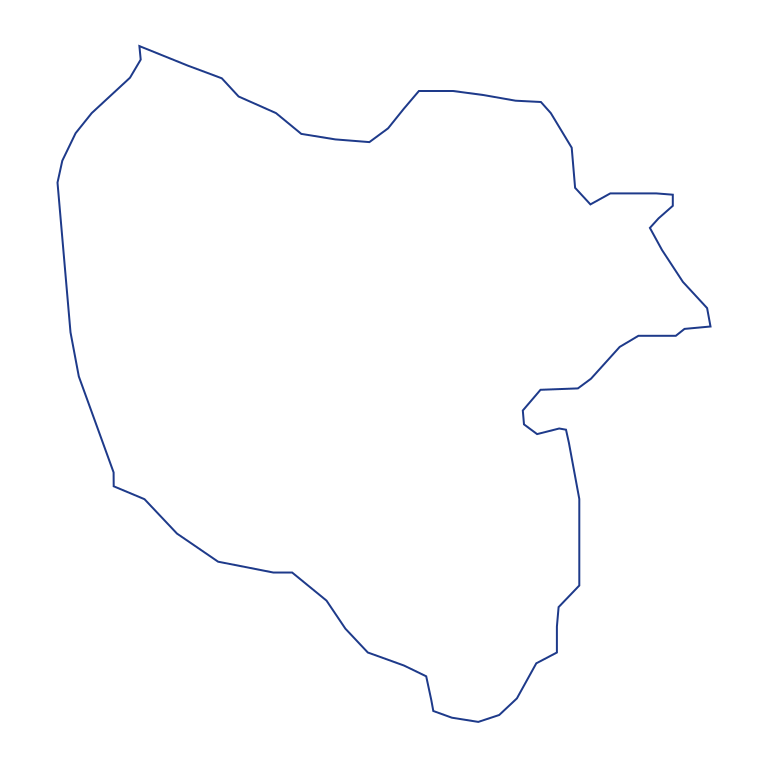 SVG path tracing the border of Mavrovo and Rostusa
{"feature_id": "MKD-2955", "entity_name": "Mavrovo and Rostusa", "entity_type": "Statistical Region", "adm_level": 1, "iso_a3": "MKD", "parent_name": "North Macedonia", "parent_adm1": "", "projection": "natural_earth1", "projection_center": [20.731, 41.637], "detail": "fine", "context": "isolated", "style": "outline", "palette": "blue", "viewbox_px": 768, "rotation_deg": 0, "n_neighbors": 0, "source": "natural_earth", "source_scale": "10m", "svg_char_len": 1060}
<svg xmlns="http://www.w3.org/2000/svg" viewBox="0 0 768 768"><path d="M113.7,486.3L113.6,472.4L78.8,376.4L70.5,332.3L57.5,182.6L62.3,160.7L75.6,133.2L91.7,113.1L130.0,77.7L140.7,59.6L139.4,46.1L188.0,65.7L221.8,78.3L238.6,96.5L276.0,113.1L301.3,133.9L335.3,139.4L369.4,142.1L388.1,128.3L403.6,109.0L418.9,91.0L453.0,91.0L483.8,95.1L515.6,100.7L540.9,102.0L550.8,113.1L571.7,147.7L575.1,187.8L590.4,204.4L610.3,193.4L630.0,193.4L656.3,193.4L672.8,194.7L672.8,205.8L658.6,218.3L649.9,227.9L662.0,250.0L682.9,281.9L707.1,308.1L710.5,326.5L684.5,328.9L675.8,335.8L653.7,335.8L638.4,335.8L619.7,346.9L591.0,378.7L577.9,388.4L540.5,389.8L522.8,410.5L524.0,424.4L537.1,434.1L559.2,428.5L566.0,429.7L568.9,442.8L579.3,499.0L579.3,537.9L579.3,559.5L579.3,585.5L558.6,607.1L556.9,626.6L556.9,652.5L536.3,663.3L516.9,698.4L499.2,715.0L478.3,721.9L451.9,717.7L433.3,711.0L431.3,700.1L426.2,676.3L403.9,665.5L367.8,652.5L345.4,628.7L326.5,600.6L292.1,572.5L273.2,572.5L218.1,561.7L177.0,533.6L144.5,499.2L113.7,486.3Z" fill="none" stroke="#1e3a8a" stroke-width="2"/></svg>